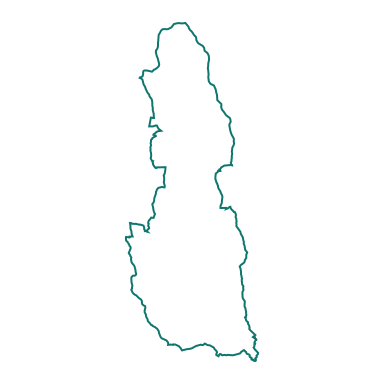 Licurici, Gorj, Romania (Equal Earth projection)
{"feature_id": "2599482B7592331780028", "entity_name": "Licurici", "entity_type": "district", "adm_level": 2, "iso_a3": "ROU", "parent_name": "Romania", "parent_adm1": "Gorj", "projection": "equal_earth", "projection_center": [23.618, 44.895], "detail": "fine", "context": "isolated", "style": "outline", "palette": "teal", "viewbox_px": 384, "rotation_deg": 0, "n_neighbors": 0, "source": "geoboundaries", "source_scale": "gbopen_adm2", "svg_char_len": 6042}
<svg xmlns="http://www.w3.org/2000/svg" viewBox="0 0 384 384"><path d="M248.1,322.3L247.6,322.1L246.2,320.5L245.8,318.9L245.0,317.4L245.5,317.0L246.0,316.9L245.9,316.5L245.7,316.4L246.4,315.1L246.1,313.4L246.1,311.5L245.6,309.7L245.4,308.0L244.7,306.9L244.5,306.1L244.8,301.3L242.9,298.4L242.6,297.3L242.4,292.8L242.6,291.6L243.5,289.9L243.1,287.8L243.4,286.2L242.2,284.5L241.8,281.4L241.8,279.3L242.1,278.6L241.7,277.8L241.5,275.8L241.1,274.8L240.9,270.9L240.6,268.9L239.7,266.5L241.1,264.8L243.5,263.1L244.4,262.1L244.8,260.9L244.8,260.2L246.3,257.9L246.2,255.8L246.5,254.0L247.2,252.4L245.2,249.8L244.5,245.5L243.7,243.7L243.9,242.0L243.3,240.2L242.8,237.3L240.8,233.8L240.4,231.8L236.4,226.2L236.5,224.4L236.3,222.3L236.6,221.5L236.4,220.3L236.3,218.7L235.9,218.0L235.6,217.0L235.9,215.7L235.9,214.6L235.0,212.2L233.7,211.9L233.3,211.0L231.5,209.5L230.4,207.5L230.3,206.8L229.5,207.0L227.7,208.5L227.0,208.7L227.5,208.1L226.0,208.9L226.2,208.3L226.1,207.9L220.5,208.0L220.5,206.0L221.8,203.0L222.0,199.9L222.4,197.3L222.3,195.8L220.6,192.5L220.4,191.4L219.2,189.6L218.4,188.1L218.1,187.1L217.9,185.5L217.4,184.7L217.2,183.4L216.4,182.5L216.1,180.9L215.4,179.3L215.4,176.9L215.8,173.5L217.6,172.1L218.2,170.6L218.4,170.5L218.9,171.1L220.4,170.9L219.7,169.3L220.3,169.1L221.2,167.5L224.3,165.6L230.9,165.0L232.0,165.3L231.8,164.6L231.1,163.9L230.8,162.7L231.5,161.3L231.5,159.4L231.9,157.9L231.7,156.8L232.2,153.5L231.8,151.8L232.4,147.4L233.5,145.5L234.1,143.5L233.7,141.2L233.9,140.3L233.8,138.6L231.5,134.4L230.4,131.1L229.4,125.9L229.4,124.4L230.7,121.7L230.3,119.3L229.9,118.1L226.0,115.1L223.5,111.4L222.2,109.9L221.6,108.6L221.1,106.7L221.4,105.9L221.3,104.0L217.3,100.1L217.0,95.0L216.2,92.2L215.7,89.5L214.1,85.9L213.8,85.4L210.9,84.1L210.2,83.5L208.8,81.3L208.3,77.3L208.6,73.7L208.3,72.1L208.3,70.4L207.9,69.0L207.9,67.9L208.2,65.9L208.2,63.9L209.1,59.5L208.8,56.0L207.9,53.8L206.5,52.2L204.7,50.9L204.5,50.3L204.1,47.8L202.7,45.9L198.5,43.4L197.3,41.9L196.3,40.0L196.3,38.5L195.9,36.9L193.8,34.8L192.8,33.0L191.5,31.3L190.3,30.3L189.0,28.4L188.5,26.7L185.4,23.0L182.6,23.4L177.9,23.1L174.0,24.0L171.5,27.3L168.3,29.0L167.5,29.2L163.1,29.1L162.2,29.5L161.0,30.7L159.6,33.5L158.7,34.8L158.3,39.8L158.3,41.1L158.0,42.2L158.0,45.8L157.8,47.3L157.1,49.1L156.1,50.3L155.8,52.1L156.8,56.2L157.8,58.3L157.9,59.0L159.0,63.3L159.2,64.4L158.9,66.0L157.3,67.7L155.2,69.3L154.0,69.7L152.0,71.7L147.9,70.7L145.1,70.4L143.9,70.7L143.4,71.2L143.1,72.2L143.2,73.6L142.7,76.0L141.4,77.1L140.1,77.3L139.7,77.9L141.2,78.5L142.5,79.8L143.6,84.4L145.0,86.7L145.8,89.1L147.7,93.0L149.1,94.5L149.5,96.2L150.4,97.6L151.3,98.5L152.0,100.3L152.3,102.6L152.3,105.6L152.8,107.8L152.7,109.8L153.7,113.8L153.8,116.2L154.0,118.0L153.0,118.1L152.1,117.7L150.9,117.6L149.2,126.4L153.0,126.4L155.5,125.5L156.5,125.5L157.1,125.7L157.4,126.8L158.6,128.8L161.1,130.8L158.1,131.2L156.4,132.0L155.4,133.1L153.7,134.2L153.5,134.7L153.9,134.7L154.5,135.7L155.7,135.6L155.9,136.0L152.7,137.9L152.1,138.5L152.0,139.0L151.1,139.7L151.0,141.7L150.6,143.3L151.1,145.2L150.4,147.2L150.6,149.6L150.4,150.6L151.0,153.0L151.2,155.6L150.7,158.6L152.0,160.7L152.8,161.0L152.4,161.4L152.4,162.0L152.9,162.4L153.1,163.4L152.9,164.1L153.3,164.9L154.7,167.1L155.8,168.1L156.5,167.9L156.5,167.4L165.5,167.2L165.3,170.2L164.7,173.6L163.7,175.3L164.1,177.1L164.2,180.0L163.8,182.3L164.8,185.9L164.5,187.4L161.6,187.0L158.3,187.9L157.0,189.4L156.6,190.7L156.0,191.7L155.9,193.6L154.3,198.2L154.1,200.9L153.4,202.8L152.5,203.8L152.3,204.3L153.1,207.4L153.5,210.3L154.4,213.1L155.0,213.9L153.5,217.9L151.2,217.6L150.0,219.4L148.8,220.6L148.1,222.9L148.7,223.9L148.2,225.6L148.3,226.3L148.8,226.8L149.1,228.3L146.8,230.6L147.0,231.3L147.5,231.8L146.7,231.6L146.3,231.1L145.2,231.1L145.4,230.7L144.2,229.4L144.2,227.7L143.5,225.6L140.0,224.5L139.3,224.7L136.2,223.9L132.6,223.8L131.7,223.6L131.3,223.1L130.0,223.0L130.3,224.4L130.5,228.8L131.3,230.8L131.7,234.2L132.6,236.5L130.0,236.6L130.2,236.9L129.5,237.5L126.1,236.9L125.9,237.4L126.0,240.0L126.3,240.8L127.5,241.9L129.3,244.9L129.5,245.8L130.6,247.1L130.6,248.6L130.0,249.8L129.4,251.7L128.9,252.4L128.8,253.3L129.9,254.7L130.3,255.4L130.4,256.2L131.3,257.4L131.0,259.3L131.6,262.2L132.1,263.2L133.4,264.6L134.5,266.3L135.4,269.6L135.6,271.8L136.2,273.9L135.9,274.8L135.4,275.3L134.5,275.7L132.9,275.7L131.5,277.1L131.3,279.0L131.6,282.7L132.4,285.5L132.0,287.4L132.0,288.6L131.4,289.4L131.3,289.8L132.7,292.7L133.5,293.6L135.3,295.0L136.2,295.3L138.6,297.8L141.1,299.6L141.9,301.1L141.9,302.9L142.2,304.1L143.7,305.5L145.0,306.0L145.2,306.4L145.3,308.0L144.6,310.7L144.7,312.4L145.8,314.3L146.3,317.1L147.6,319.3L147.8,321.0L150.0,323.4L151.3,325.1L152.0,325.1L152.9,326.1L154.8,327.0L157.1,328.7L158.8,331.3L158.9,332.7L160.3,336.3L161.0,337.6L162.1,338.5L166.3,340.3L167.9,342.2L168.3,343.9L168.1,344.9L170.3,344.6L173.2,344.8L173.3,344.4L175.2,344.5L178.9,346.2L180.6,348.1L182.0,350.4L186.4,349.3L190.5,348.7L192.2,348.1L196.0,346.0L200.8,344.7L202.2,345.1L203.0,345.0L204.0,344.4L204.6,343.6L205.7,343.9L206.3,344.5L207.7,345.1L209.5,345.3L210.4,345.6L213.8,347.6L214.3,348.7L216.5,351.1L216.9,351.8L217.0,352.4L216.4,353.7L216.3,355.0L218.5,356.2L219.2,354.7L219.5,354.6L220.0,354.0L220.7,354.1L222.0,355.2L225.2,354.9L226.5,355.3L228.1,354.8L230.5,355.2L231.5,355.1L232.7,355.3L234.2,355.0L240.1,353.4L241.5,351.5L242.5,351.2L243.2,350.5L244.0,350.1L244.9,350.9L245.3,351.6L246.1,352.0L246.6,353.6L249.4,354.7L249.7,355.5L249.6,356.2L250.0,357.1L251.6,357.9L251.7,358.5L251.4,359.0L251.5,359.5L253.4,359.7L253.2,360.2L253.9,360.5L254.0,360.8L255.2,361.0L255.7,360.7L256.0,360.0L255.4,358.3L256.8,357.0L256.5,355.8L257.9,354.1L257.9,353.4L258.1,352.9L255.1,349.6L254.9,349.5L253.6,347.5L254.3,346.7L254.4,344.3L254.9,344.3L255.2,343.5L254.4,342.6L255.4,340.4L256.3,340.0L256.4,339.7L256.2,339.2L252.9,337.1L253.2,336.8L254.9,337.3L254.5,335.6L255.3,335.0L250.3,330.3L249.7,329.3L249.4,329.2L249.4,328.3L249.6,327.7L249.3,326.9L249.4,326.5L249.0,325.3L248.0,323.8L248.1,322.3Z" fill="none" stroke="#0f766e" stroke-width="2"/></svg>